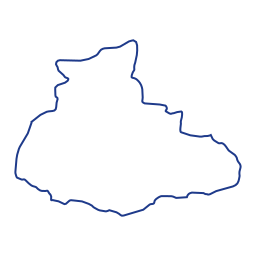 the border of Badghis
{"feature_id": "AFG-1741", "entity_name": "Badghis", "entity_type": "Province", "adm_level": 1, "iso_a3": "AFG", "parent_name": "Afghanistan", "parent_adm1": "", "projection": "mercator", "projection_center": [63.837, 35.271], "detail": "fine", "context": "isolated", "style": "outline", "palette": "blue", "viewbox_px": 256, "rotation_deg": 0, "n_neighbors": 0, "source": "natural_earth", "source_scale": "10m", "svg_char_len": 3071}
<svg xmlns="http://www.w3.org/2000/svg" viewBox="0 0 256 256"><path d="M80.4,60.7L88.6,59.0L96.2,55.4L97.6,54.2L99.8,51.1L101.1,49.7L102.8,48.8L104.7,48.3L116.4,47.6L120.1,46.6L129.0,41.4L131.8,40.6L133.3,40.3L136.1,42.0L137.1,45.4L137.2,50.5L136.8,55.1L135.2,62.6L134.4,65.1L134.2,67.1L134.3,69.5L134.2,70.1L132.8,72.3L131.8,75.1L131.6,76.4L131.7,77.3L132.3,77.7L133.0,77.9L134.0,78.1L135.3,78.6L136.2,79.1L137.1,79.8L138.7,81.4L139.8,82.8L141.1,85.1L141.9,87.4L142.3,89.3L142.7,97.4L142.6,98.5L142.5,99.5L142.3,100.7L142.3,101.3L142.4,101.8L142.8,102.2L143.2,102.6L143.7,102.9L144.7,103.4L159.7,104.5L165.4,105.6L166.0,106.2L166.4,106.9L166.7,107.6L166.8,108.2L166.8,108.8L166.6,109.3L166.5,109.6L165.8,110.4L165.8,111.3L169.2,113.3L170.2,113.7L170.9,113.8L172.7,113.3L173.7,113.2L177.1,112.1L181.2,111.5L182.0,112.2L182.1,113.3L182.1,114.8L181.8,117.4L180.9,120.9L180.8,122.0L180.9,123.8L180.4,128.0L180.3,129.9L180.5,131.4L180.8,132.0L181.3,132.3L190.3,135.3L199.9,136.6L201.7,136.6L204.4,136.1L207.6,136.0L209.8,135.5L210.8,135.0L212.7,139.0L214.1,140.4L218.1,142.9L218.7,143.2L219.3,143.3L221.7,143.1L222.8,143.5L223.8,144.2L224.7,145.0L226.0,146.6L228.4,150.1L229.1,150.8L234.9,155.0L236.1,156.6L236.8,157.9L237.0,158.9L237.4,160.2L238.1,161.6L239.8,163.9L240.4,165.2L240.6,166.4L240.5,167.6L239.5,171.5L239.4,172.7L239.4,173.8L239.6,175.8L239.5,176.7L238.9,179.6L238.5,181.1L237.5,183.2L237.2,183.7L236.8,184.0L236.4,184.2L235.8,185.0L233.0,186.4L216.2,191.1L210.0,194.2L208.8,194.5L207.8,194.5L207.1,194.2L205.7,194.1L205.0,193.9L203.5,193.1L191.9,192.6L190.0,193.2L188.8,193.9L188.0,194.8L187.5,195.5L187.3,196.0L186.9,197.2L176.5,197.9L175.9,197.8L173.4,196.7L172.3,196.4L171.2,196.2L162.0,196.1L161.1,196.2L160.0,196.6L158.6,197.3L156.3,198.9L155.3,199.9L154.7,200.7L154.2,202.7L154.0,203.1L153.8,203.4L153.4,203.7L152.7,203.9L150.5,204.2L149.6,204.6L143.3,209.7L123.8,215.5L122.0,215.7L121.2,215.4L120.0,214.6L119.2,213.9L116.5,212.3L109.3,210.2L107.8,210.9L106.3,211.3L105.3,211.3L99.8,210.4L98.1,209.8L94.3,207.7L93.3,207.0L91.9,205.6L88.8,203.9L82.0,201.4L74.1,200.5L71.1,200.2L70.0,200.4L69.2,200.9L65.9,203.8L64.4,204.1L58.5,201.3L55.5,200.7L52.8,200.1L51.5,200.2L51.3,200.1L51.2,200.0L51.1,199.7L51.2,196.6L50.6,195.0L50.1,194.2L49.7,193.9L49.4,193.6L48.0,191.3L47.6,190.9L47.1,190.7L45.4,191.0L41.8,190.9L41.0,190.7L39.9,190.3L38.7,189.5L37.6,188.7L36.8,187.8L36.1,187.2L35.5,186.9L32.8,186.1L32.1,185.8L31.2,185.3L28.7,183.3L25.4,180.1L24.7,179.6L24.1,179.4L23.6,179.4L23.0,179.5L22.2,179.6L21.5,179.5L17.2,177.7L16.9,177.5L16.7,177.1L16.3,176.3L15.7,174.2L15.4,173.0L15.4,171.7L16.5,158.8L17.2,154.7L18.9,148.9L19.9,146.7L27.8,133.4L31.5,122.8L31.5,121.8L31.9,121.6L40.4,114.9L46.7,111.8L48.6,111.4L52.5,111.0L54.4,110.5L55.7,109.2L56.2,107.1L56.6,102.7L57.6,99.1L57.3,97.8L55.7,96.6L55.4,95.2L55.2,89.3L55.3,87.5L57.8,85.1L65.0,82.7L67.6,80.8L68.2,79.7L68.3,78.9L67.8,78.3L65.4,77.4L64.8,76.9L63.5,75.1L58.6,70.7L58.0,69.2L57.6,67.2L56.7,65.7L56.0,64.2L56.4,62.2L57.9,60.7L59.9,60.2L80.4,60.7Z" fill="none" stroke="#1e3a8a" stroke-width="2"/></svg>